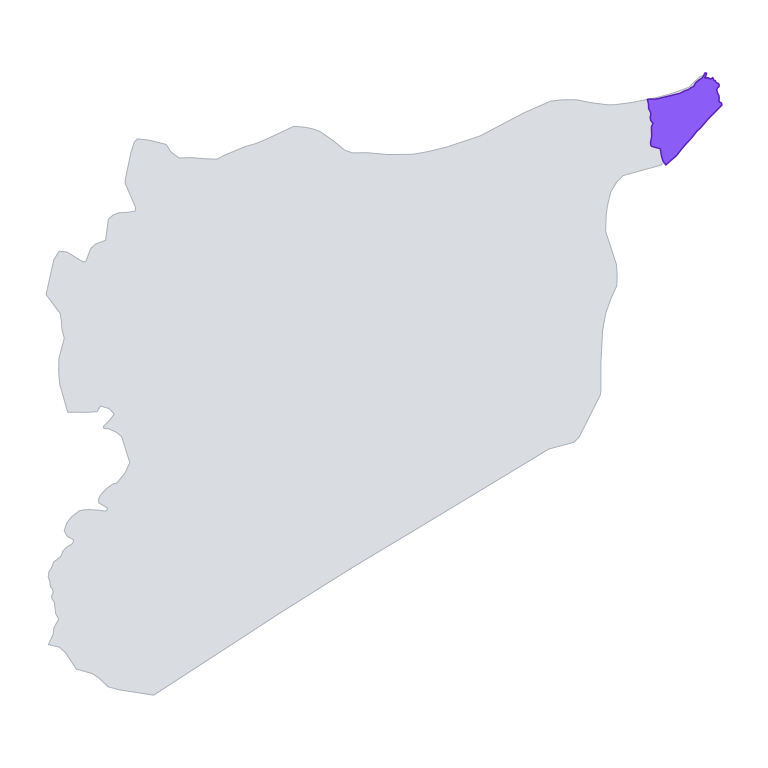 location of Al-Malikeyyeh, Hasaka (Al Haksa), Syria
{"feature_id": "27442178B99216687489351", "entity_name": "Al-Malikeyyeh", "entity_type": "district", "adm_level": 2, "iso_a3": "SYR", "parent_name": "Syria", "parent_adm1": "Hasaka (Al Haksa)", "projection": "mercator", "projection_center": [42.113, 36.959], "detail": "fine", "context": "in_parent", "style": "filled", "palette": "violet", "viewbox_px": 768, "rotation_deg": 0, "n_neighbors": 0, "source": "geoboundaries", "source_scale": "gbopen_adm2", "svg_char_len": 4113}
<svg xmlns="http://www.w3.org/2000/svg" viewBox="0 0 768 768"><path d="M59.2,251.2L66.8,252.0L83.1,261.9L85.8,261.6L90.7,248.6L95.5,244.1L105.6,240.3L108.4,219.1L113.2,215.0L118.8,212.8L127.5,212.4L135.1,211.1L135.6,207.4L125.0,182.8L125.9,176.6L131.1,151.8L134.3,142.1L137.4,138.9L149.4,140.2L166.3,144.5L170.7,151.7L179.0,158.0L191.3,157.6L205.6,158.8L216.7,159.2L225.6,154.7L245.7,146.4L255.7,143.6L264.8,139.9L293.9,126.3L305.5,127.3L313.5,129.1L319.6,131.3L333.3,140.6L344.6,150.1L352.5,152.9L366.8,152.7L387.4,154.5L412.8,154.3L427.6,151.7L446.5,147.1L480.1,135.9L524.4,112.6L550.5,101.2L561.7,99.9L576.3,99.7L591.0,102.7L607.5,104.8L615.2,104.7L633.2,102.3L656.4,97.6L671.1,93.7L688.7,87.3L699.8,76.7L703.3,75.6L707.9,77.6L710.0,78.3L714.6,84.3L719.3,99.8L719.3,101.6L718.4,106.0L706.8,118.7L691.2,135.9L680.0,146.8L661.0,165.1L646.9,169.0L623.1,175.6L616.7,181.9L610.7,192.2L607.3,206.3L606.2,215.1L605.6,231.4L611.2,248.4L616.5,264.7L617.2,275.4L616.7,286.0L611.5,297.2L605.9,312.7L602.6,330.1L600.9,362.7L600.9,390.3L600.4,394.8L590.6,414.3L579.2,437.0L573.9,442.3L548.8,449.0L521.5,465.6L490.9,484.1L463.1,500.9L434.0,518.5L403.8,536.7L382.2,549.6L353.3,567.0L326.9,583.5L300.2,600.3L280.0,613.0L249.2,633.1L231.2,644.8L204.6,662.1L181.3,677.2L153.7,695.2L119.0,689.8L108.1,686.8L99.1,678.2L92.6,673.7L76.2,669.0L65.7,652.9L59.4,647.2L48.4,644.6L53.1,634.3L54.0,627.5L58.7,619.2L55.7,613.7L54.3,602.1L52.2,599.2L51.5,596.2L53.1,592.4L52.4,588.6L50.6,587.0L49.7,581.2L48.2,576.9L48.9,571.6L51.4,568.2L53.9,561.7L56.8,559.7L61.4,555.6L62.6,551.3L66.8,547.1L72.4,543.7L73.6,540.9L72.8,539.4L67.2,536.3L64.2,530.8L66.9,522.9L68.7,520.4L72.0,516.5L79.5,510.7L85.4,509.7L90.5,509.7L99.1,510.2L105.7,511.2L107.4,509.7L107.2,507.8L98.9,503.0L98.5,499.2L100.5,495.1L106.4,488.6L113.3,483.8L116.8,483.0L124.8,473.4L129.8,462.7L121.6,436.6L116.6,432.4L108.6,428.8L103.8,428.3L103.4,426.6L109.8,419.9L114.3,414.2L109.3,408.6L100.4,406.1L97.0,411.7L85.5,412.3L67.7,412.2L59.8,384.5L58.7,372.5L58.9,358.6L64.3,338.2L61.8,328.7L61.6,322.3L60.2,313.5L46.1,294.6L53.8,259.7L59.2,251.2Z" fill="#d9dde1" stroke="#a8b0b8" stroke-width="1"/><path d="M665.9,164.9L667.3,163.7L668.9,162.2L669.8,161.4L676.3,155.8L678.8,152.7L681.7,149.0L685.7,144.3L686.1,143.9L686.4,143.5L688.9,140.9L689.1,140.6L689.3,140.4L689.6,140.1L691.3,138.2L692.1,137.4L695.0,133.6L696.6,131.5L696.8,131.3L699.9,128.5L700.4,128.0L700.5,127.9L700.7,127.7L703.4,124.6L708.0,119.2L709.3,117.9L709.7,117.5L710.6,116.5L717.0,110.1L721.9,105.1L721.9,104.2L721.6,103.5L721.5,103.2L720.8,102.6L720.0,102.3L719.8,102.0L719.7,101.7L719.1,101.3L718.7,101.2L718.9,100.1L719.2,98.1L719.1,97.5L719.1,97.2L719.0,96.3L719.0,95.8L718.5,95.1L718.3,94.7L718.2,94.5L718.1,94.1L717.0,91.3L717.0,91.0L716.8,89.9L717.3,88.2L718.0,87.5L718.9,86.8L719.0,86.4L719.2,85.8L719.1,84.6L718.9,84.3L718.3,83.4L716.8,82.9L716.7,82.9L716.0,82.3L715.4,80.8L715.0,80.7L714.0,80.3L713.9,80.2L713.6,79.8L713.3,78.5L712.9,78.0L712.7,77.7L711.7,78.4L711.4,78.6L711.2,78.7L710.7,79.0L710.4,79.0L709.9,78.9L709.6,78.7L709.4,78.5L708.7,78.0L707.9,77.8L707.7,77.8L707.4,77.8L707.1,77.8L706.6,77.8L705.8,78.3L705.6,78.3L705.3,78.2L705.2,78.2L704.9,77.8L704.9,77.5L705.0,77.3L705.9,75.6L706.0,75.4L706.4,74.3L706.4,74.2L706.5,73.5L706.5,73.4L706.5,73.2L706.3,73.1L705.7,72.9L705.4,72.9L705.2,72.9L705.1,73.0L704.7,73.3L704.1,74.7L703.8,75.3L702.4,77.6L701.7,78.2L701.4,78.5L700.2,79.2L698.3,80.5L697.7,81.0L696.8,81.8L695.7,82.9L695.6,83.1L695.2,83.5L694.2,85.5L693.8,86.1L693.4,86.5L690.7,87.9L689.9,88.5L689.5,88.8L688.5,89.5L684.4,91.0L684.2,91.1L683.8,91.3L682.7,91.9L680.1,93.3L675.9,94.3L671.6,95.4L669.5,95.9L667.3,96.4L662.3,97.6L660.7,98.0L658.0,98.7L657.9,98.7L656.4,98.9L654.9,99.2L651.5,99.1L651.4,99.1L650.7,99.1L647.7,99.3L647.4,99.4L648.5,103.9L648.6,108.4L650.6,112.4L650.8,115.0L650.2,117.0L650.7,120.4L653.0,123.5L651.5,126.6L651.5,130.2L651.7,136.2L651.3,138.7L650.5,142.2L650.8,145.4L651.9,146.4L654.2,147.1L656.2,147.6L659.6,148.5L660.4,149.1L660.6,150.7L661.2,154.4L661.9,157.6L663.3,161.5L665.7,164.7L665.9,164.9Z" fill="#8b5cf6" stroke="#5b21b6" stroke-width="1.5"/></svg>